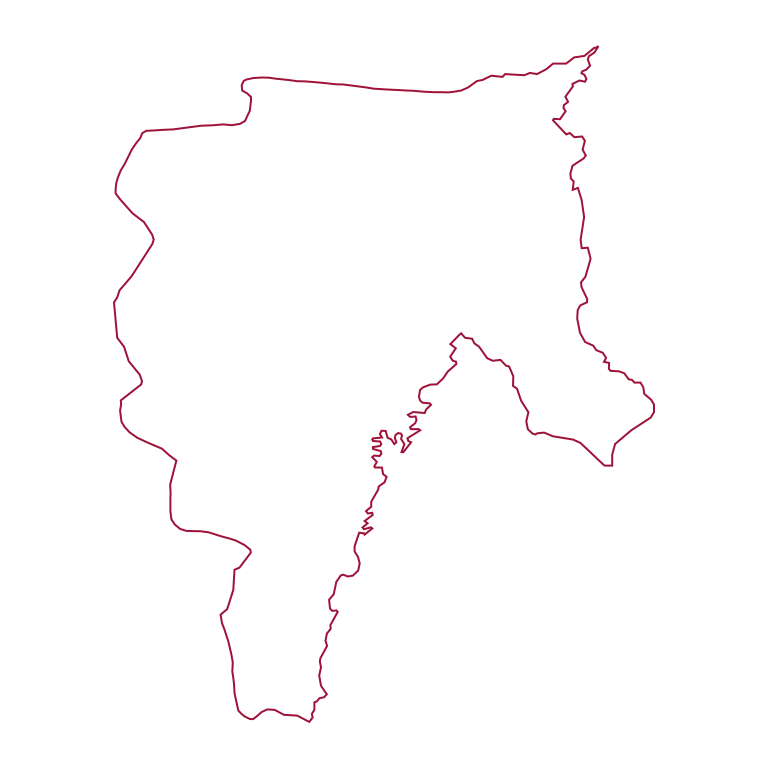 outline of Kabeya-Kamwanga, Kasaï-Oriental, Democratic Republic of the Congo
{"feature_id": "63176286B62322725812229", "entity_name": "Kabeya-Kamwanga", "entity_type": "district", "adm_level": 2, "iso_a3": "COD", "parent_name": "Democratic Republic of the Congo", "parent_adm1": "Kasaï-Oriental", "projection": "mercator", "projection_center": [23.234, -6.028], "detail": "fine", "context": "isolated", "style": "outline", "palette": "rose", "viewbox_px": 768, "rotation_deg": 0, "n_neighbors": 0, "source": "geoboundaries", "source_scale": "gbopen_adm2", "svg_char_len": 5049}
<svg xmlns="http://www.w3.org/2000/svg" viewBox="0 0 768 768"><path d="M309.3,721.9L312.6,717.5L311.9,713.9L314.4,709.7L314.4,702.2L316.8,701.5L319.4,698.2L324.0,697.3L326.8,694.3L321.0,685.8L319.5,677.3L319.2,675.5L321.0,667.3L319.9,661.6L320.3,658.4L327.1,645.9L325.5,640.8L326.9,633.5L330.7,628.8L330.4,625.1L337.7,611.9L336.5,610.5L332.1,610.8L330.0,608.4L329.1,599.7L333.7,594.3L336.3,581.9L336.8,581.2L340.8,575.4L343.3,574.7L347.8,576.5L352.9,575.6L358.2,570.5L359.7,563.4L358.0,556.9L354.6,551.5L354.6,546.3L357.5,537.7L359.2,532.7L364.1,533.4L364.6,534.6L370.7,529.7L372.3,528.5L370.9,527.3L367.4,528.3L364.1,529.2L363.3,528.4L362.5,527.5L367.6,523.3L364.6,521.0L372.8,514.9L372.1,512.8L367.9,513.5L366.0,511.1L371.2,506.7L371.2,501.8L378.2,489.6L378.7,486.5L384.5,482.3L386.6,476.9L383.1,474.1L381.9,467.5L375.0,467.5L374.3,466.4L376.8,461.9L372.2,457.2L374.0,455.6L379.6,456.0L380.6,454.7L381.3,453.9L380.8,451.1L375.0,449.5L373.1,449.0L372.9,447.1L379.9,446.0L381.3,444.1L380.1,441.5L373.1,441.0L372.9,440.7L372.2,439.6L372.9,438.4L382.0,437.5L379.9,434.0L381.5,430.7L385.7,431.0L387.6,437.8L388.8,438.3L391.3,439.4L394.3,444.1L396.4,442.2L394.8,438.0L395.5,435.0L398.1,433.1L400.9,433.6L402.0,435.4L401.1,439.0L404.4,444.1L401.5,452.1L403.2,452.3L411.1,442.3L408.3,440.9L407.4,438.3L411.2,435.9L420.2,430.3L419.4,429.7L418.6,429.1L410.9,429.1L410.0,427.3L415.1,423.3L416.5,420.0L415.6,416.5L410.2,416.9L407.9,414.8L413.3,412.0L418.5,412.5L424.7,413.0L426.1,409.5L431.0,404.8L429.8,403.4L422.6,402.7L420.3,400.8L418.9,397.0L420.1,390.0L422.9,387.4L430.3,384.6L436.8,384.4L443.1,378.5L447.8,371.5L456.4,364.0L456.0,361.7L452.7,360.7L450.2,356.7L455.8,348.3L450.4,344.1L458.6,335.6L461.1,333.3L465.1,337.8L472.1,338.7L474.4,343.4L479.1,346.7L487.2,358.2L492.8,360.8L497.8,360.2L500.5,359.9L506.1,365.7L509.1,366.5L513.3,376.3L513.0,385.9L517.0,388.7L521.2,400.9L528.4,412.2L526.3,421.1L526.5,422.5L527.9,429.3L532.6,433.6L535.3,434.5L537.3,433.3L544.1,432.6L547.0,433.8L552.9,436.3L558.7,437.2L561.6,437.7L573.2,439.6L575.6,440.7L578.0,441.8L580.4,442.9L583.1,445.4L585.7,447.9L588.4,450.4L591.0,452.9L593.7,455.4L596.3,457.9L598.9,460.4L604.5,465.6L607.0,465.6L612.2,465.6L612.2,454.6L615.1,444.0L631.4,430.2L650.7,417.6L654.0,412.2L654.0,404.5L651.2,399.8L644.3,393.9L643.3,387.3L640.5,382.6L634.5,382.6L631.9,379.8L628.7,379.3L624.2,373.2L618.9,371.3L612.9,371.0L611.2,370.9L610.5,370.8L608.9,369.0L609.1,362.9L604.0,361.9L606.1,357.9L602.8,352.8L596.3,350.2L593.3,345.7L585.1,342.0L580.0,332.8L577.2,318.5L577.7,310.1L580.3,305.4L587.0,302.3L587.3,299.3L581.5,287.1L581.0,282.4L582.3,280.7L585.4,276.8L587.0,271.2L590.6,258.7L587.8,247.7L581.7,248.2L581.2,244.2L580.6,239.9L584.1,217.0L581.6,199.8L577.9,187.9L572.7,189.8L573.7,181.5L570.9,178.5L570.4,173.6L572.5,165.8L577.6,162.4L583.7,158.4L585.8,155.5L582.6,149.7L584.9,140.8L582.1,136.5L574.4,137.2L569.8,133.0L566.3,134.4L553.0,120.3L553.7,118.9L560.0,119.2L565.6,111.2L563.5,108.0L563.9,105.1L568.1,101.8L565.4,96.7L572.9,86.4L572.4,84.0L577.8,81.3L579.4,80.5L585.0,81.7L586.3,79.1L586.4,78.9L584.5,74.9L581.5,73.2L582.2,71.4L586.2,69.7L590.1,65.7L587.8,59.4L589.0,56.1L594.3,52.6L597.3,48.0L597.3,47.9L598.5,46.1L596.0,47.7L594.1,47.9L592.8,49.0L584.4,55.9L579.7,56.6L574.2,57.4L566.1,63.6L565.6,63.6L553.1,63.6L546.3,69.2L537.0,74.1L530.0,72.9L524.3,75.2L518.6,74.9L508.6,74.3L505.1,74.1L502.5,76.9L491.3,75.7L482.7,79.9L476.9,81.1L468.0,87.5L461.0,90.6L452.1,92.0L447.9,92.4L442.6,92.2L434.4,92.2L425.3,91.8L412.1,90.7L407.8,90.6L397.7,90.0L387.1,89.5L374.0,88.7L364.5,87.2L343.4,84.5L336.1,84.3L326.0,83.2L315.5,82.2L305.5,81.4L297.1,81.2L292.4,80.5L283.9,79.5L275.8,78.7L269.0,77.7L261.6,77.5L252.9,78.1L245.8,79.7L243.5,81.2L241.7,85.3L242.2,90.6L247.2,93.4L251.0,97.0L251.0,100.7L249.8,110.8L246.9,116.8L245.1,120.9L240.1,123.8L232.0,125.2L223.0,124.4L212.5,125.3L201.3,125.7L189.1,127.3L173.1,129.4L161.6,129.9L155.3,130.4L146.3,130.8L142.2,133.2L140.4,137.9L136.2,143.1L132.0,149.2L124.6,164.1L120.7,170.5L117.8,177.7L116.3,183.1L115.6,189.4L115.6,193.4L120.0,199.2L132.5,213.3L143.9,222.0L150.8,232.6L152.3,234.9L153.7,239.6L153.4,240.6L152.3,244.1L131.5,276.4L119.6,290.2L117.2,297.4L114.0,302.4L117.2,337.8L123.7,346.3L124.1,346.9L128.8,361.3L139.7,374.6L142.0,381.2L141.1,384.5L133.2,390.7L120.8,400.4L121.1,404.5L120.1,410.5L121.5,421.8L124.8,427.2L129.8,432.5L137.5,437.9L148.6,443.0L162.0,448.7L169.2,455.2L176.4,460.6L173.4,472.0L170.2,484.5L170.3,487.5L170.6,493.7L170.4,497.7L170.4,503.5L170.4,511.3L171.4,519.3L174.8,524.5L180.1,528.9L186.4,530.9L193.3,531.1L200.3,531.2L208.5,532.3L221.9,536.5L229.3,538.5L235.5,540.4L244.6,545.1L250.4,549.8L250.8,552.7L239.4,567.7L235.8,569.2L234.5,569.8L233.3,589.9L227.2,609.1L220.6,614.6L221.1,617.4L221.9,622.9L224.4,629.3L228.4,641.7L231.4,654.5L232.8,662.6L232.3,671.4L233.3,678.0L234.0,683.8L234.6,693.8L237.1,705.0L238.3,710.5L241.4,713.8L244.4,716.3L249.9,719.0L253.1,719.1L256.9,716.2L261.7,712.0L267.3,709.4L274.8,709.9L283.9,714.8L297.2,715.6L309.3,721.9Z" fill="none" stroke="#9f1239" stroke-width="2"/></svg>